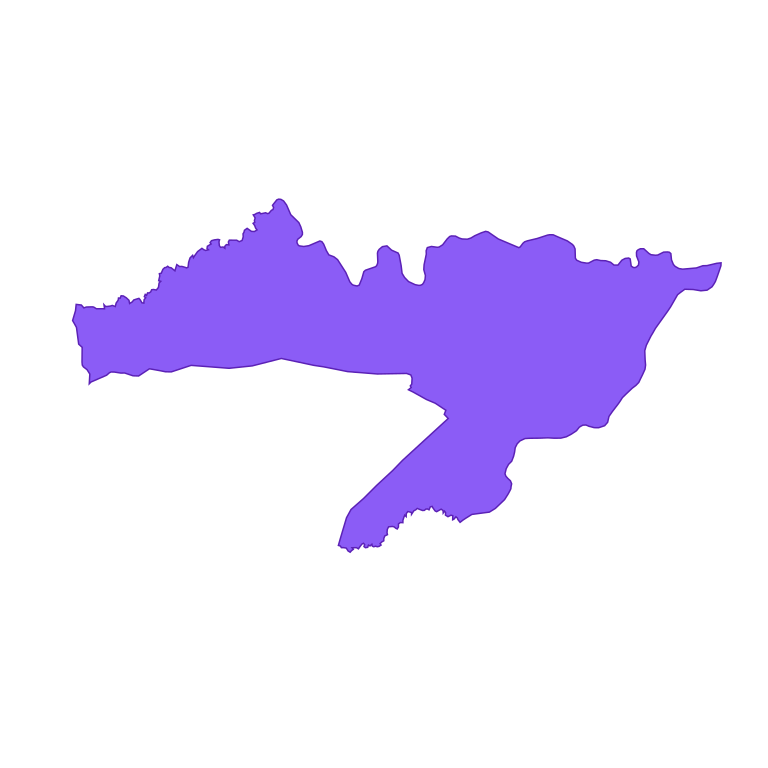 Itaqui, Rio Grande do Sul, Brazil (Natural Earth projection), rotated 188°
{"feature_id": "56859067B22729484732675", "entity_name": "Itaqui", "entity_type": "district", "adm_level": 2, "iso_a3": "BRA", "parent_name": "Brazil", "parent_adm1": "Rio Grande do Sul", "projection": "natural_earth1", "projection_center": [-56.113, -29.138], "detail": "fine", "context": "isolated", "style": "filled", "palette": "violet", "viewbox_px": 768, "rotation_deg": 188, "n_neighbors": 0, "source": "geoboundaries", "source_scale": "gbopen_adm2", "svg_char_len": 6024}
<svg xmlns="http://www.w3.org/2000/svg" viewBox="0 0 768 768"><g transform="rotate(188 384 384)"><path d="M519.3,545.4L517.9,543.5L518.2,541.3L519.6,540.4L521.8,537.0L523.2,536.5L525.0,537.1L528.3,535.9L529.9,535.4L531.1,536.6L534.0,535.2L535.4,534.0L537.0,533.3L534.7,530.5L535.1,527.9L534.5,526.1L536.0,524.9L534.1,522.9L532.9,520.6L531.2,518.9L533.5,517.0L536.5,516.7L541.2,519.1L543.6,516.8L543.8,514.7L544.5,513.1L543.9,510.1L544.5,506.4L547.2,504.8L549.9,505.9L557.2,504.9L557.9,503.0L557.0,500.2L559.5,500.1L560.8,498.2L560.5,496.3L562.4,497.3L564.9,496.6L566.3,498.1L567.2,501.8L566.9,503.9L568.5,504.1L572.1,503.1L574.8,501.9L575.9,499.8L574.7,498.6L578.1,495.8L578.1,493.5L576.6,492.5L579.2,491.4L581.1,491.9L583.2,493.0L587.0,489.2L589.2,485.0L590.3,482.6L591.4,484.8L593.6,481.9L594.1,479.2L594.4,477.2L594.3,472.4L595.6,471.5L597.5,471.9L600.5,472.3L602.8,471.9L605.8,473.4L606.2,470.9L606.8,467.0L611.0,469.5L613.0,469.5L614.6,470.5L616.0,469.1L617.4,468.7L618.9,466.8L620.0,462.7L621.8,462.0L621.1,459.8L621.5,454.9L619.4,454.6L620.8,452.7L620.8,448.3L622.5,445.4L625.5,445.5L627.2,445.0L627.9,442.7L629.3,441.5L630.8,441.3L631.5,438.7L632.9,439.5L633.5,437.1L632.0,436.2L633.3,434.1L633.1,430.7L635.0,430.7L637.2,433.5L638.6,434.7L640.8,433.7L643.5,432.4L644.8,430.2L647.1,428.3L648.2,431.4L651.2,433.5L654.3,434.9L656.6,434.8L657.2,432.3L658.9,432.2L658.9,430.0L660.5,426.9L660.9,423.3L664.0,424.0L665.8,423.1L668.4,422.4L670.5,422.0L672.3,423.5L671.2,419.6L673.7,419.3L679.3,418.5L682.2,419.8L683.7,419.8L689.5,418.8L691.8,417.6L694.7,420.1L699.9,420.0L699.7,413.6L701.2,403.5L700.2,402.2L699.1,400.8L696.4,397.2L691.9,381.0L688.0,378.3L686.1,363.7L685.4,360.7L684.0,359.1L680.1,356.9L676.7,352.9L675.9,343.2L674.4,345.2L659.9,354.1L657.4,357.0L655.9,357.9L652.8,358.3L646.1,358.2L642.4,358.8L633.7,357.2L628.1,357.8L618.4,366.4L614.8,366.3L607.2,366.0L602.2,365.7L596.3,366.4L582.7,373.1L577.6,375.6L539.6,378.0L517.0,383.6L489.2,395.0L480.5,394.4L456.1,392.7L446.2,392.6L430.0,391.7L421.7,391.2L417.4,391.5L414.8,391.6L412.1,391.8L392.0,393.0L363.1,397.6L358.7,396.7L357.0,393.7L356.5,387.7L357.7,385.8L356.6,384.3L359.0,381.7L354.1,380.1L339.9,374.6L330.6,372.1L319.1,366.6L320.1,362.3L315.6,358.8L355.0,311.0L363.3,299.6L377.3,282.4L388.3,267.8L399.2,255.1L402.5,246.4L405.8,224.4L406.7,217.8L404.7,217.5L403.4,216.0L401.5,216.3L398.7,216.3L397.5,215.1L396.4,213.7L394.1,212.7L393.0,214.4L391.4,216.0L392.8,217.4L388.5,218.1L386.4,217.2L384.7,220.5L383.4,222.6L382.1,223.4L380.8,222.2L381.2,220.2L379.6,219.3L377.4,220.0L377.0,222.3L375.3,221.7L373.7,223.6L373.0,221.8L371.5,221.4L369.8,222.2L368.0,221.9L366.3,222.5L364.5,224.1L365.7,225.4L364.1,227.4L362.4,228.7L362.7,230.9L362.1,233.6L359.6,235.3L360.3,237.1L360.5,240.4L359.6,243.2L355.8,244.1L354.0,243.9L352.3,242.8L350.7,242.3L349.8,244.4L350.2,247.5L348.5,249.1L346.0,249.3L346.3,251.6L345.8,254.6L345.2,257.0L343.6,255.8L343.9,258.8L342.7,261.0L341.2,260.9L338.9,260.6L338.6,258.8L336.8,262.6L335.1,263.8L333.8,265.4L331.4,264.8L328.2,264.1L326.4,264.5L325.2,265.9L323.6,266.3L321.9,265.7L321.1,268.7L319.3,269.5L318.2,268.0L315.7,265.4L314.1,264.9L310.0,268.0L307.9,266.9L307.4,264.5L306.4,266.5L305.1,265.2L304.9,262.7L302.2,261.5L299.4,263.4L297.6,263.2L297.1,259.1L295.9,259.9L294.3,262.5L292.7,261.5L291.9,260.0L289.4,257.6L286.9,260.2L284.3,262.5L278.8,267.1L269.8,269.6L261.8,271.8L256.4,276.3L253.0,280.6L248.5,286.3L245.7,292.5L244.7,295.2L243.8,297.9L243.9,300.1L243.7,302.9L245.3,305.7L248.3,307.8L250.5,309.7L251.7,312.0L251.2,317.1L249.5,321.7L246.8,325.3L245.6,330.5L245.2,334.7L245.2,339.2L243.8,343.3L241.4,346.6L236.8,349.6L232.9,350.4L229.2,351.0L222.7,352.0L220.9,352.3L214.3,353.5L208.2,354.0L201.4,355.0L196.1,357.1L191.4,360.5L186.9,364.5L184.6,368.4L183.3,369.5L181.4,370.9L178.3,371.5L176.4,371.0L175.0,370.6L173.5,370.5L169.8,370.0L165.3,370.6L159.7,373.4L157.2,377.2L156.7,383.2L153.9,388.7L149.0,397.4L147.6,400.2L146.0,403.7L143.0,407.6L137.6,414.4L134.4,417.6L131.9,421.0L130.7,424.9L129.3,429.1L127.6,434.9L127.6,439.2L128.8,444.4L130.4,453.3L129.6,458.9L126.3,468.7L125.0,471.7L122.9,477.0L113.3,495.4L111.0,500.1L109.7,503.3L105.7,513.3L103.1,516.0L99.3,519.7L91.0,520.6L83.2,520.4L77.1,521.9L72.7,525.9L71.3,528.7L70.1,531.6L69.1,536.1L68.0,541.6L66.8,548.0L67.1,550.9L71.4,549.8L80.6,546.2L84.7,545.5L90.8,542.4L104.2,539.3L108.1,539.4L112.1,541.0L114.1,542.7L116.6,547.0L118.1,553.1L119.8,554.2L121.7,554.2L125.5,553.5L130.9,549.8L133.1,549.3L137.6,549.2L139.9,550.2L145.6,554.1L149.0,553.6L151.0,552.3L152.1,551.0L152.3,549.3L151.7,545.9L148.6,540.3L148.6,537.1L150.2,535.1L151.6,534.2L153.4,534.1L155.6,535.2L157.6,542.1L159.2,542.8L162.7,541.9L165.7,539.7L168.9,534.3L172.8,533.8L176.6,536.1L181.6,536.9L186.6,536.4L190.6,536.7L193.1,535.9L198.3,532.2L200.1,531.9L205.6,532.0L210.4,533.4L212.0,535.2L213.6,544.4L215.3,547.1L216.8,548.4L222.3,551.2L232.7,554.0L237.2,555.3L240.6,554.9L242.8,554.2L252.6,549.4L262.0,545.7L264.5,544.4L266.0,542.7L268.2,538.7L269.5,537.8L290.9,543.5L302.1,549.1L304.6,549.3L308.8,547.2L314.7,543.5L318.2,540.7L321.6,539.0L326.9,538.5L329.8,539.0L333.8,540.4L337.9,540.0L339.5,539.2L341.6,536.5L345.3,530.0L348.5,527.3L350.2,526.8L356.2,526.8L360.1,525.1L360.8,521.8L360.2,518.5L360.9,507.6L360.5,502.8L358.1,497.2L357.9,493.1L358.8,489.9L359.8,488.0L361.7,486.8L363.5,486.5L367.0,486.7L373.9,488.8L378.5,492.4L381.5,496.1L383.5,503.6L386.9,513.7L388.3,515.7L389.9,516.1L395.1,517.6L400.3,521.2L404.7,519.8L407.5,516.7L408.5,514.6L408.7,512.7L407.2,504.5L407.1,502.7L407.7,500.3L408.6,499.0L418.2,494.1L419.6,492.4L420.6,485.2L422.3,478.5L424.3,477.3L428.1,477.6L429.7,478.3L432.1,480.5L437.4,489.2L447.3,500.7L451.3,503.0L456.6,504.2L459.6,508.0L463.2,514.1L465.3,516.3L467.4,516.7L477.7,510.5L482.6,509.0L487.2,509.0L488.5,509.8L489.8,511.8L490.1,513.6L489.4,515.5L486.6,518.4L485.6,520.7L485.9,522.9L488.3,528.1L490.8,532.0L499.9,538.7L505.4,547.7L508.9,551.3L511.8,552.5L514.1,552.4L515.8,551.4L519.3,545.4Z" fill="#8b5cf6" stroke="#5b21b6" stroke-width="1.5"/></g></svg>